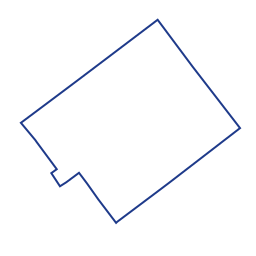 El Paso, Colorado, United States of America, rotated 323°
{"feature_id": "52423323B48011396313481", "entity_name": "El Paso", "entity_type": "district", "adm_level": 2, "iso_a3": "USA", "parent_name": "United States of America", "parent_adm1": "Colorado", "projection": "albers", "projection_center": [-104.738, 38.825], "detail": "fine", "context": "isolated", "style": "outline", "palette": "blue", "viewbox_px": 256, "rotation_deg": 323, "n_neighbors": 0, "source": "geoboundaries", "source_scale": "gbopen_adm2", "svg_char_len": 398}
<svg xmlns="http://www.w3.org/2000/svg" viewBox="0 0 256 256"><g transform="rotate(323 128 128)"><path d="M217.4,195.5L216.5,117.7L216.8,59.4L129.6,59.6L110.2,59.6L69.8,59.5L45.6,59.4L46.7,81.9L46.6,84.2L46.3,118.0L39.6,117.9L38.6,133.6L45.9,134.2L61.9,134.3L61.9,147.7L61.3,167.3L61.4,196.6L62.9,196.4L116.0,196.5L127.2,196.5L217.4,195.5Z" fill="none" stroke="#1e3a8a" stroke-width="2"/></g></svg>